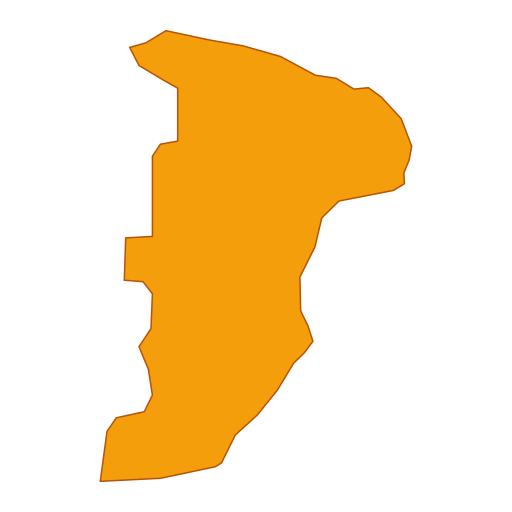 Kyegegwa, Robinson projection
{"feature_id": "UGA-5611", "entity_name": "Kyegegwa", "entity_type": "District", "adm_level": 1, "iso_a3": "UGA", "parent_name": "Uganda", "parent_adm1": "", "projection": "robinson", "projection_center": [31.032, 0.442], "detail": "fine", "context": "isolated", "style": "filled", "palette": "amber", "viewbox_px": 512, "rotation_deg": 0, "n_neighbors": 0, "source": "natural_earth", "source_scale": "10m", "svg_char_len": 742}
<svg xmlns="http://www.w3.org/2000/svg" viewBox="0 0 512 512"><path d="M221.5,462.9L215.3,466.7L160.4,478.3L100.3,481.3L107.0,431.4L116.3,417.8L144.3,411.7L152.4,395.1L148.4,369.4L139.0,346.7L151.0,328.6L152.4,293.8L143.0,281.7L124.3,280.2L125.7,237.9L152.4,236.4L152.4,156.2L160.4,144.2L177.7,141.1L177.7,88.2L164.4,80.7L139.0,65.5L129.7,47.4L145.7,42.9L165.9,30.7L208.4,39.8L243.2,45.9L280.5,56.5L315.3,75.2L336.4,78.4L354.0,89.1L368.4,87.7L381.3,97.1L401.2,118.7L411.7,146.2L409.2,159.8L403.9,172.9L404.4,183.7L393.5,190.4L339.0,201.0L321.8,217.9L314.9,247.0L299.9,277.1L300.7,311.0L308.1,326.2L312.9,341.3L304.6,352.5L293.8,363.0L277.3,390.2L257.4,414.9L235.3,435.0L221.5,462.9Z" fill="#f59e0b" stroke="#b45309" stroke-width="1.5"/></svg>